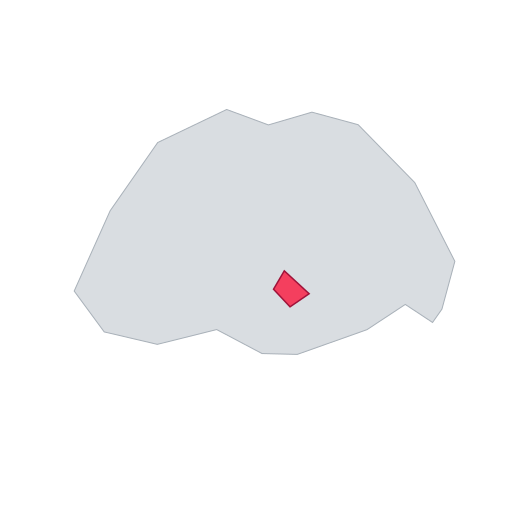 Quatre Bornes highlighted on a map of Mauritius, rotated 239°
{"feature_id": "MUS-5191", "entity_name": "Quatre Bornes", "entity_type": "City", "adm_level": 1, "iso_a3": "MUS", "parent_name": "Mauritius", "parent_adm1": "", "projection": "albers", "projection_center": [57.476, -20.27], "detail": "fine", "context": "in_parent", "style": "filled", "palette": "rose", "viewbox_px": 512, "rotation_deg": 239, "n_neighbors": 0, "source": "natural_earth", "source_scale": "10m", "svg_char_len": 519}
<svg xmlns="http://www.w3.org/2000/svg" viewBox="0 0 512 512"><g transform="rotate(239 256 256)"><path d="M315.9,411.2L237.1,429.9L149.0,423.7L114.7,388.0L108.1,373.1L137.6,359.0L135.7,313.2L150.4,240.7L169.3,210.9L213.2,184.4L231.1,125.9L269.1,86.8L319.6,82.1L369.9,154.3L403.9,230.2L396.7,306.3L362.0,334.1L350.5,378.0L315.9,411.2Z" fill="#d9dde1" stroke="#a8b0b8" stroke-width="1"/><path d="M196.3,282.1L194.9,259.0L218.5,253.9L228.7,272.6L196.3,282.1Z" fill="#f43f5e" stroke="#9f1239" stroke-width="1.5"/></g></svg>